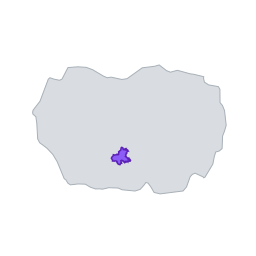 Petrovets, Skopje, North Macedonia (highlighted), rotated 197°
{"feature_id": "65306769B87468718843329", "entity_name": "Petrovets", "entity_type": "district", "adm_level": 2, "iso_a3": "MKD", "parent_name": "North Macedonia", "parent_adm1": "Skopje", "projection": "natural_earth1", "projection_center": [21.679, 41.91], "detail": "fine", "context": "in_parent", "style": "filled", "palette": "violet", "viewbox_px": 256, "rotation_deg": 197, "n_neighbors": 0, "source": "geoboundaries", "source_scale": "gbopen_adm2", "svg_char_len": 2421}
<svg xmlns="http://www.w3.org/2000/svg" viewBox="0 0 256 256"><g transform="rotate(197 128 128)"><path d="M115.7,67.2L119.9,67.7L128.9,65.3L134.6,62.0L137.5,61.5L141.3,60.2L146.8,60.4L152.4,61.8L159.4,59.9L166.4,56.8L169.2,57.6L172.2,60.2L174.2,60.9L185.8,75.0L192.1,80.7L199.6,85.0L208.2,88.1L211.2,91.2L216.7,106.1L219.4,111.8L223.0,113.5L223.8,115.1L224.0,117.3L220.0,127.8L218.5,151.4L217.4,153.2L213.2,153.1L207.5,153.6L205.4,155.5L203.1,168.2L194.0,171.8L185.7,173.8L178.8,173.4L166.5,170.4L162.5,170.0L159.0,171.7L148.1,172.6L143.3,174.9L132.0,189.7L120.6,194.8L116.6,197.4L107.9,194.1L103.7,193.8L97.7,197.6L84.4,198.0L80.8,198.6L70.6,199.2L70.1,197.2L68.3,194.2L63.5,192.8L53.7,194.0L51.4,191.8L47.4,179.2L44.3,177.2L40.8,172.9L34.9,159.3L34.8,153.3L35.2,148.0L32.0,135.8L34.0,132.7L37.1,130.7L37.1,125.8L36.3,118.3L40.0,103.5L41.0,102.5L41.9,103.2L50.6,104.4L52.9,102.5L54.3,99.6L54.8,88.8L56.9,83.9L78.0,74.4L84.2,74.0L89.0,78.4L92.8,81.2L95.0,81.1L95.9,78.3L98.4,72.9L102.8,69.8L115.6,67.2L115.7,67.2Z" fill="#d9dde1" stroke="#a8b0b8" stroke-width="1"/><path d="M133.9,98.2L134.2,98.2L134.1,96.9L134.8,95.7L135.1,94.3L134.6,93.7L133.5,93.1L133.2,91.9L131.2,92.4L130.8,92.8L129.1,93.0L128.7,92.7L128.8,92.2L128.2,92.0L128.1,91.5L127.6,91.2L127.4,91.0L126.8,90.6L125.6,90.5L124.9,90.6L124.7,92.1L124.0,92.3L124.5,92.7L124.2,93.1L124.3,93.5L124.7,93.6L125.3,94.7L124.7,95.3L123.7,95.3L123.5,95.0L122.8,95.2L122.4,95.0L122.5,94.7L121.8,94.3L121.6,94.4L121.5,94.0L121.0,93.8L120.7,94.2L120.7,95.0L120.5,95.4L120.4,95.4L120.0,94.9L119.8,94.9L119.0,95.4L119.2,95.8L118.7,95.9L118.2,95.6L118.3,96.4L117.7,96.5L117.5,97.0L117.1,97.1L116.9,96.7L116.3,96.9L116.4,97.6L116.2,97.9L117.3,98.7L117.6,98.6L117.6,98.2L118.0,98.2L118.1,99.1L118.4,99.3L118.8,99.0L118.6,99.4L119.0,99.4L119.4,98.6L119.9,99.2L121.7,99.8L122.0,100.0L121.7,100.2L122.2,100.4L122.0,101.4L122.2,102.1L122.5,102.3L121.8,103.3L122.3,104.0L121.9,104.7L121.7,105.8L121.4,106.1L121.2,106.1L122.0,106.9L122.3,106.7L122.8,106.8L123.1,106.4L123.8,106.4L124.1,106.2L124.6,106.8L124.0,107.3L123.9,107.7L124.7,107.4L125.1,106.5L125.4,106.3L125.8,106.4L125.8,106.0L126.1,106.0L127.1,107.5L128.3,107.7L128.7,107.3L128.7,106.9L128.5,104.6L129.4,103.5L129.6,103.0L130.0,102.5L129.8,102.1L129.6,102.1L129.6,100.6L129.3,100.0L129.8,99.4L130.3,99.7L131.1,99.6L131.4,98.9L132.5,98.5L132.7,98.1L133.9,98.2Z" fill="#8b5cf6" stroke="#5b21b6" stroke-width="1.5"/></g></svg>